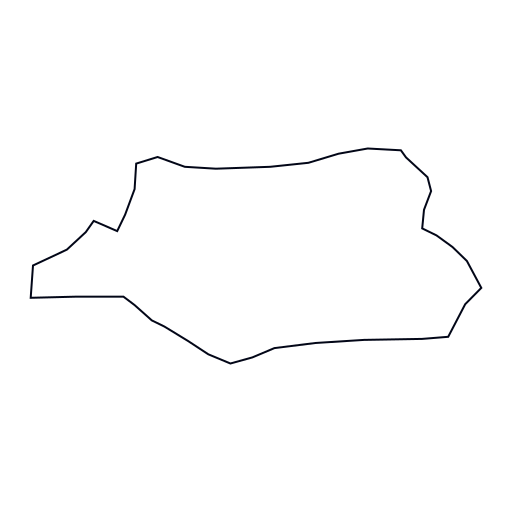 the district of Kil, Värmland, Sweden
{"feature_id": "70781695B19557897917232", "entity_name": "Kil", "entity_type": "district", "adm_level": 2, "iso_a3": "SWE", "parent_name": "Sweden", "parent_adm1": "Värmland", "projection": "natural_earth1", "projection_center": [13.218, 59.582], "detail": "fine", "context": "isolated", "style": "outline", "palette": "ink", "viewbox_px": 512, "rotation_deg": 0, "n_neighbors": 0, "source": "geoboundaries", "source_scale": "gbopen_adm2", "svg_char_len": 624}
<svg xmlns="http://www.w3.org/2000/svg" viewBox="0 0 512 512"><path d="M33.0,265.5L30.7,297.8L74.7,296.7L123.5,296.7L134.5,305.0L151.8,320.4L164.3,326.5L187.9,340.9L208.3,354.3L230.4,363.5L252.4,357.4L274.4,348.1L315.3,343.0L364.0,339.9L422.2,338.9L448.2,336.8L465.2,304.2L481.3,287.9L466.9,261.0L452.6,247.1L436.5,235.4L422.2,228.4L424.0,209.8L431.1,191.1L427.5,177.2L406.0,157.4L400.9,150.3L367.7,148.5L338.6,153.7L308.4,162.8L270.2,166.8L215.9,168.7L184.8,166.8L157.6,157.0L136.2,163.6L134.6,189.1L125.1,214.7L117.2,231.1L93.7,220.9L85.8,232.1L66.9,249.6L33.0,265.5Z" fill="none" stroke="#020617" stroke-width="2"/></svg>